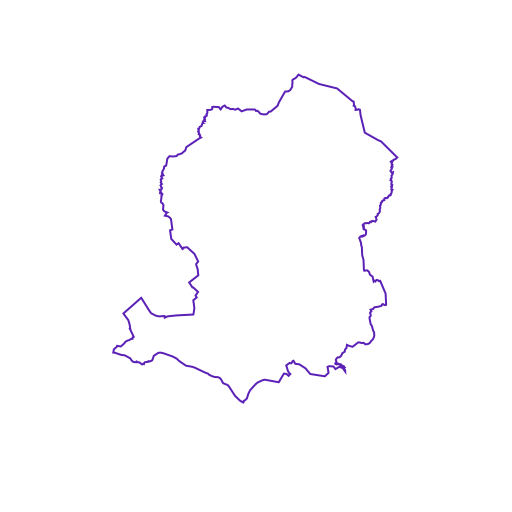 Kalsnavas pag., Madona, Latvia, rotated 53°
{"feature_id": "27541924B10280579441217", "entity_name": "Kalsnavas pag.", "entity_type": "district", "adm_level": 2, "iso_a3": "LVA", "parent_name": "Latvia", "parent_adm1": "Madona", "projection": "orthographic", "projection_center": [25.941, 56.721], "detail": "fine", "context": "isolated", "style": "outline", "palette": "violet", "viewbox_px": 512, "rotation_deg": 53, "n_neighbors": 0, "source": "geoboundaries", "source_scale": "gbopen_adm2", "svg_char_len": 6114}
<svg xmlns="http://www.w3.org/2000/svg" viewBox="0 0 512 512"><g transform="rotate(53 256 256)"><path d="M132.1,279.9L132.9,280.5L133.1,281.2L134.5,281.1L134.5,281.8L135.8,281.6L135.1,283.3L135.2,283.8L137.7,284.2L137.4,285.8L137.7,286.2L139.6,287.0L139.9,287.8L141.8,287.8L141.6,288.6L142.2,289.8L143.3,289.8L144.2,290.4L145.1,290.1L146.0,291.6L145.1,293.1L147.3,293.4L147.4,294.2L148.2,294.9L149.2,294.2L149.0,293.6L150.3,293.5L151.2,295.6L152.0,295.9L155.2,299.2L156.3,299.5L157.7,299.0L159.7,299.3L162.9,302.3L165.0,302.4L167.9,300.7L167.8,301.4L169.0,304.5L171.2,302.5L173.6,301.7L175.4,301.7L184.5,306.8L183.8,309.2L191.4,313.4L199.1,312.6L199.2,310.1L206.2,310.5L206.3,309.6L205.7,308.8L207.6,305.7L217.3,303.9L225.6,305.5L226.3,308.4L227.1,309.1L231.2,310.4L236.7,313.7L236.9,325.3L242.9,325.7L243.3,325.1L249.8,323.9L251.2,328.1L253.4,328.3L253.6,332.7L260.7,336.7L264.5,340.6L265.0,341.3L255.5,355.4L251.0,362.9L250.3,366.0L248.9,365.2L246.0,369.6L243.6,371.8L238.6,374.2L235.0,374.1L220.3,372.8L220.3,373.1L222.1,396.5L230.5,396.6L234.5,398.1L238.7,400.3L238.5,400.6L247.0,402.3L246.8,403.6L247.8,404.4L247.1,405.4L246.9,407.7L246.2,409.7L245.9,412.0L246.5,413.6L246.9,418.4L244.2,420.9L244.7,421.8L245.0,425.6L247.2,428.1L248.4,426.9L253.7,423.3L256.2,420.7L262.0,418.0L264.4,418.2L266.4,417.9L268.1,416.5L268.3,416.1L268.4,414.9L269.2,415.1L270.6,413.2L274.0,412.3L274.1,411.2L274.9,410.6L274.1,409.7L274.0,408.6L275.8,405.4L275.4,405.1L276.4,403.8L276.7,402.9L276.8,401.7L276.3,400.7L274.2,397.7L274.6,392.2L276.0,390.1L277.9,388.5L286.5,382.8L290.3,381.1L293.5,380.6L301.5,377.9L306.0,373.7L308.3,372.1L318.3,366.9L321.3,365.0L322.7,364.9L325.7,363.3L327.7,361.9L330.0,359.2L331.7,358.3L333.6,358.2L337.8,358.8L342.0,356.3L343.3,356.1L355.1,356.9L362.0,355.8L365.4,354.4L365.4,354.1L364.4,353.2L364.6,351.6L364.3,349.0L361.4,345.0L359.6,341.3L358.2,333.9L358.0,331.0L359.1,325.7L360.0,323.5L370.5,313.8L366.7,304.5L368.6,302.6L371.3,302.1L370.9,299.6L369.3,300.0L367.1,299.7L361.6,297.7L361.6,293.5L362.9,292.6L362.7,291.4L362.0,289.9L362.2,289.1L365.7,289.5L368.6,286.6L375.4,284.1L382.9,283.7L393.5,273.4L393.0,268.4L387.6,265.6L388.0,263.9L390.9,260.6L394.1,260.6L394.7,256.1L397.7,254.2L401.9,254.3L400.8,253.6L400.4,254.1L398.9,253.6L398.6,252.6L398.0,253.2L397.5,252.3L396.9,252.2L396.6,252.4L397.3,253.3L395.8,253.7L395.0,253.4L394.9,254.0L393.8,253.4L393.2,253.8L393.6,254.4L392.7,254.3L392.3,255.1L391.3,255.2L391.1,255.5L391.2,256.2L390.1,255.9L389.7,256.3L390.3,256.6L390.5,257.2L390.1,257.5L389.5,257.4L389.1,255.5L387.0,254.8L386.4,253.6L386.1,251.9L387.0,250.5L387.2,249.3L386.9,247.9L385.6,245.6L385.8,242.7L384.2,241.0L384.0,239.3L381.7,236.8L383.9,235.7L386.6,233.5L386.5,226.3L387.9,224.8L389.0,224.2L390.1,222.3L392.4,221.8L393.7,219.5L393.9,217.2L393.2,215.3L393.0,213.4L392.6,212.2L391.5,210.3L390.7,209.4L388.0,207.6L386.2,207.4L381.5,205.5L379.5,205.5L373.2,202.4L373.0,202.7L373.2,201.4L372.8,200.5L372.1,199.8L370.1,199.2L369.8,198.6L369.7,197.2L367.8,196.8L368.8,194.2L368.2,192.5L368.4,191.9L370.0,189.1L371.3,185.8L371.2,185.4L370.6,184.7L370.7,183.6L372.7,182.7L373.3,181.9L373.1,181.3L364.0,175.1L350.6,171.8L350.4,172.6L349.8,173.1L349.1,173.0L347.8,173.9L347.7,174.8L348.2,175.9L347.0,176.3L347.2,177.4L342.6,175.3L339.6,176.2L336.5,175.3L334.4,175.8L332.9,178.4L332.1,178.2L323.8,172.5L319.1,170.6L312.9,166.3L310.3,165.3L308.9,164.3L303.7,162.7L303.3,161.1L303.4,160.2L304.3,159.8L304.4,159.5L303.9,159.1L304.1,158.0L304.8,158.1L305.1,156.1L304.4,154.7L302.0,152.8L301.1,152.8L299.3,153.9L299.0,153.8L298.7,153.1L297.6,153.0L297.6,152.2L296.8,151.8L295.9,152.4L295.5,152.2L295.3,151.6L295.4,149.0L296.0,148.6L296.9,146.8L297.8,146.2L297.6,144.7L297.3,144.2L297.6,143.5L298.1,143.5L297.9,142.1L298.3,141.5L298.8,141.4L299.3,140.7L300.3,140.0L299.9,139.3L299.9,138.5L299.2,137.7L296.8,136.9L297.0,136.1L296.8,134.7L296.5,134.0L295.7,133.6L295.8,132.1L295.2,130.7L294.3,129.6L293.3,129.3L292.3,127.7L290.5,126.8L290.3,126.3L290.3,125.6L288.6,124.2L288.9,123.3L287.9,121.9L288.0,121.2L288.5,120.7L288.6,119.8L287.5,119.1L287.3,118.4L288.0,116.9L288.6,116.7L288.7,115.5L288.1,114.7L288.1,113.9L287.7,113.1L288.4,112.3L288.1,111.8L288.2,111.4L287.6,111.1L287.3,110.0L286.0,108.5L285.3,108.3L285.2,107.2L284.1,107.7L282.9,106.2L282.3,106.3L282.4,105.7L281.7,104.9L281.4,105.2L281.0,104.4L280.0,104.7L278.4,102.8L277.9,102.6L276.6,103.0L276.4,102.2L275.6,102.1L275.2,100.5L273.4,99.5L272.9,97.7L271.5,96.2L271.3,97.0L271.5,97.5L268.9,97.4L268.2,95.2L267.8,94.8L266.8,94.8L266.3,94.1L266.6,93.9L266.8,93.3L265.6,93.2L265.3,92.1L264.1,92.3L263.2,91.1L262.6,91.6L261.8,91.6L261.8,90.5L262.3,90.1L262.4,89.3L261.9,88.4L262.6,86.1L262.3,83.9L239.7,87.2L237.1,88.7L223.0,94.9L206.6,87.8L201.8,85.0L200.5,85.7L200.2,87.2L199.2,88.6L198.1,87.5L196.0,86.9L194.8,87.5L194.6,86.9L191.4,85.1L190.4,85.8L171.0,90.4L156.5,102.2L143.8,108.6L142.0,109.7L141.8,110.5L136.7,112.9L137.6,116.2L137.6,118.4L137.3,120.3L137.5,121.2L139.8,122.7L140.4,123.5L142.6,125.2L144.0,128.5L144.0,130.9L142.2,133.9L147.1,145.3L149.0,148.3L149.5,157.3L148.6,158.8L149.1,161.0L149.2,162.2L147.6,164.6L145.8,166.3L144.6,167.0L142.0,167.1L140.9,167.5L140.2,168.7L138.8,168.6L138.1,169.0L133.4,175.2L131.8,180.4L127.4,181.6L126.6,184.6L124.7,185.9L123.3,188.1L121.1,188.9L119.6,190.3L117.0,190.4L116.8,191.3L116.7,193.7L117.6,195.5L117.6,196.1L114.7,196.1L111.2,200.2L110.7,201.3L112.1,202.3L112.3,202.8L112.0,204.2L110.1,207.1L112.3,208.6L113.0,209.9L113.7,210.4L113.5,210.6L114.3,211.0L114.2,212.0L114.4,212.5L113.9,212.9L114.1,214.0L115.3,214.1L115.5,214.7L116.5,214.7L116.7,215.1L116.5,215.4L117.4,215.6L117.0,216.0L116.6,217.4L117.2,217.7L117.7,218.7L118.0,218.5L117.8,219.1L119.4,221.2L119.0,223.2L120.1,224.9L119.7,225.5L120.6,225.9L120.7,226.2L121.8,226.4L121.8,226.9L122.7,227.3L122.6,227.5L123.9,227.6L124.3,228.3L124.8,227.9L126.2,228.5L126.3,228.2L127.7,228.9L128.3,228.7L128.0,230.1L127.1,246.1L129.1,248.9L129.4,253.6L128.5,256.4L127.9,257.4L128.4,259.3L126.8,262.1L124.2,265.1L124.9,268.2L129.7,273.3L129.3,275.5L130.8,276.9L132.1,279.9Z" fill="none" stroke="#5b21b6" stroke-width="2"/></g></svg>